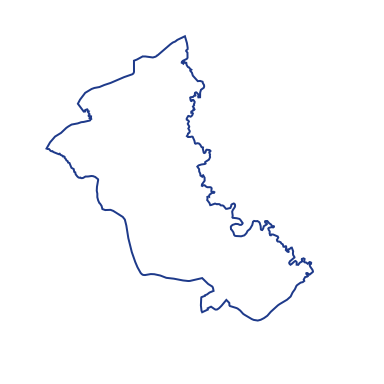 the district of Huai Thap Than, Si Sa Ket, Thailand, rotated 142°
{"feature_id": "78962969B1477833386417", "entity_name": "Huai Thap Than", "entity_type": "district", "adm_level": 2, "iso_a3": "THA", "parent_name": "Thailand", "parent_adm1": "Si Sa Ket", "projection": "mercator", "projection_center": [104.011, 15.032], "detail": "fine", "context": "isolated", "style": "outline", "palette": "blue", "viewbox_px": 384, "rotation_deg": 142, "n_neighbors": 0, "source": "geoboundaries", "source_scale": "gbopen_adm2", "svg_char_len": 6061}
<svg xmlns="http://www.w3.org/2000/svg" viewBox="0 0 384 384"><g transform="rotate(142 192 192)"><path d="M226.2,62.9L223.1,55.0L222.1,53.2L219.3,50.2L216.5,49.0L212.9,48.3L208.8,48.1L203.6,49.1L194.1,49.8L192.0,49.7L183.4,48.6L178.6,48.9L174.6,50.9L170.8,52.0L167.6,53.7L166.4,53.9L162.2,53.7L160.2,52.8L158.3,52.8L157.9,54.2L155.3,55.3L153.2,54.4L152.4,54.4L152.1,55.0L152.4,56.8L152.0,57.6L151.4,57.5L151.0,57.1L150.2,54.5L146.0,54.6L145.5,55.0L145.0,56.5L144.8,60.3L144.3,61.9L143.7,62.4L142.5,62.1L141.7,62.8L141.8,63.6L142.5,64.4L145.0,64.2L145.5,66.2L146.5,67.2L146.6,67.8L146.2,68.4L144.5,69.9L144.9,71.0L146.6,71.6L146.9,71.4L147.9,69.5L150.7,69.9L153.1,69.2L154.3,70.3L152.7,72.3L152.7,73.2L153.0,74.0L154.0,74.2L158.3,73.9L158.8,74.3L159.2,74.2L159.4,75.1L159.1,76.3L157.5,77.1L151.6,77.3L151.3,77.8L151.1,80.0L150.2,81.6L148.8,83.0L147.6,86.7L148.2,87.1L150.4,87.0L151.6,87.7L151.9,87.5L152.6,85.4L152.9,85.4L153.5,86.2L153.8,88.5L151.6,90.6L151.4,91.4L151.9,91.8L152.9,91.9L153.6,92.6L152.7,94.8L153.3,96.5L153.1,97.8L154.0,99.5L154.8,100.0L155.0,100.9L154.6,102.0L152.1,103.0L151.8,104.1L154.2,108.5L155.5,109.6L156.5,109.3L157.0,109.9L156.3,111.7L155.3,112.7L154.9,113.8L154.9,114.9L154.3,116.3L153.4,116.4L151.1,115.4L149.8,114.1L148.9,114.1L148.6,114.4L148.6,114.8L150.0,115.9L149.7,117.5L150.4,119.9L150.5,122.7L151.7,123.7L152.5,123.9L153.1,122.9L152.5,121.3L152.7,120.6L153.3,120.5L156.5,120.8L158.5,119.3L160.1,118.8L160.7,119.5L160.7,120.2L158.9,122.9L157.7,125.9L157.6,126.8L158.3,128.8L159.7,129.7L160.9,131.0L162.2,131.0L164.8,128.9L169.0,127.2L172.2,127.1L174.6,126.0L177.4,125.6L180.5,126.8L184.5,130.3L185.2,131.3L185.2,132.3L184.2,134.7L184.0,137.5L184.2,138.6L182.9,140.6L182.1,141.0L180.3,141.1L177.2,140.0L175.5,138.4L174.6,136.7L173.6,135.9L172.2,135.8L171.2,136.3L171.0,140.5L171.2,141.6L172.9,143.8L175.8,146.6L175.8,147.1L174.5,148.3L172.5,151.7L171.1,152.6L167.7,153.7L166.6,154.5L165.8,155.8L166.1,157.2L167.7,157.7L168.8,157.7L169.8,156.8L171.6,155.8L174.9,157.3L175.6,157.9L175.7,161.6L176.1,162.5L177.6,163.8L177.8,165.4L179.2,166.7L179.8,166.9L181.0,168.7L184.8,169.9L185.7,170.4L185.0,172.7L185.0,176.3L184.0,177.1L182.9,178.7L181.7,178.3L181.4,177.7L180.8,178.5L179.7,179.1L176.6,178.9L175.3,177.8L174.5,178.1L174.7,178.8L176.2,179.5L176.5,180.1L176.3,180.7L174.2,182.9L174.3,184.1L174.8,184.7L177.0,186.4L177.5,187.4L177.9,189.5L179.1,190.4L180.2,190.4L180.4,190.9L179.4,191.9L175.1,193.1L173.3,195.5L172.9,198.3L173.7,198.5L174.6,197.9L175.2,199.8L174.2,201.4L173.7,203.7L172.3,205.7L172.2,208.7L171.0,208.9L170.1,208.8L167.7,207.9L164.7,206.2L163.9,206.1L163.9,206.7L163.1,207.5L158.7,207.1L156.3,208.3L155.5,209.8L154.8,210.3L154.1,212.5L153.5,212.9L152.8,212.7L152.2,212.9L152.3,214.2L154.4,216.3L155.0,216.3L157.2,214.9L158.3,215.1L158.5,215.4L158.5,215.9L156.8,219.5L155.9,220.3L156.8,221.5L156.4,224.3L156.7,226.0L157.8,227.2L159.4,227.8L159.7,228.5L158.5,231.0L157.5,235.1L157.9,235.7L159.4,236.4L161.3,237.8L161.6,239.2L160.3,239.6L159.1,240.5L157.6,240.4L156.3,241.3L155.8,244.3L154.4,244.8L153.8,245.4L153.4,248.3L151.0,249.5L150.9,250.5L151.6,252.3L151.0,253.1L148.3,254.2L147.8,254.0L146.7,252.2L145.7,252.1L144.2,252.5L142.9,253.4L143.0,254.0L143.8,254.9L143.0,255.8L140.1,255.4L139.2,255.5L139.1,255.9L139.6,256.5L138.8,257.0L138.7,258.7L136.8,259.2L136.5,260.0L135.2,260.6L134.4,261.4L134.2,263.1L134.4,263.9L135.1,264.3L136.3,263.9L136.7,264.4L136.5,265.4L135.3,267.5L134.7,267.5L132.7,266.3L131.1,266.5L130.0,265.9L129.7,266.1L129.6,267.3L129.1,267.8L128.5,268.3L127.5,268.1L127.2,267.7L126.9,264.9L127.3,264.2L128.5,263.3L128.7,262.6L127.3,261.7L124.4,265.3L122.0,267.0L118.6,266.9L117.6,267.5L116.7,268.8L116.4,271.0L115.8,272.4L117.2,274.5L119.2,275.8L119.7,283.2L118.6,286.1L118.7,288.6L118.5,288.9L117.3,288.8L117.7,290.5L117.6,291.9L118.2,292.8L118.2,293.9L118.0,295.5L117.0,297.3L118.0,298.0L117.8,298.9L118.1,299.3L119.1,299.6L119.9,298.7L120.5,300.2L119.8,300.8L118.5,301.0L114.2,300.1L112.9,300.5L109.8,304.6L109.8,306.7L109.4,307.1L107.6,307.2L106.7,308.2L104.3,312.5L101.7,319.1L109.9,320.9L112.5,320.9L115.1,321.6L118.1,321.7L134.7,320.9L135.5,321.1L136.0,320.9L137.5,321.1L140.0,322.1L145.2,327.4L147.4,329.2L153.9,330.3L156.9,331.2L163.8,322.3L165.2,321.5L166.5,321.5L174.7,324.3L189.1,328.1L195.2,330.3L200.3,331.7L204.9,334.1L207.7,335.0L215.1,335.9L223.4,333.7L227.6,331.8L227.8,322.1L227.1,321.9L226.9,321.3L226.7,321.3L226.1,322.2L225.6,322.3L223.7,321.7L223.6,321.2L224.3,320.3L223.7,319.2L224.7,319.0L224.8,316.5L225.4,316.0L225.5,315.4L226.2,316.0L226.6,315.7L226.6,315.2L225.0,313.7L225.4,313.2L227.2,313.2L227.1,312.8L226.1,312.4L226.4,311.6L227.2,311.7L228.1,311.2L228.9,311.4L234.2,313.9L236.3,315.2L239.8,316.4L245.4,319.3L249.4,319.8L251.6,319.9L258.8,319.2L265.8,320.0L273.3,318.5L279.9,315.8L279.3,314.8L278.2,313.8L278.1,311.5L277.6,310.6L276.8,310.1L276.7,309.0L274.6,305.3L273.6,303.7L272.7,303.6L272.7,302.2L271.8,300.5L271.9,299.6L271.1,299.2L271.1,298.6L270.8,298.1L271.3,297.3L271.2,295.4L271.5,294.3L271.0,292.8L271.5,291.5L270.7,290.3L272.1,285.3L271.1,282.9L272.3,280.6L272.4,280.1L271.9,279.4L272.8,277.5L272.8,274.8L272.5,273.3L271.8,272.4L271.0,272.0L270.9,271.3L270.1,270.6L269.0,270.1L266.5,269.8L264.2,268.1L261.5,266.6L260.2,265.4L259.0,263.4L258.2,259.9L258.5,259.3L263.7,254.6L266.3,251.6L267.6,249.0L269.8,246.2L271.1,243.2L271.8,240.4L271.6,239.7L271.8,236.8L273.1,233.7L271.5,231.2L267.2,228.1L265.7,225.6L261.9,215.0L261.9,211.6L264.4,206.0L270.6,194.8L276.4,181.8L279.8,171.8L281.3,166.2L282.3,159.8L282.1,158.0L281.6,156.8L280.2,155.5L275.0,152.7L272.4,150.5L268.4,145.7L265.1,140.2L259.7,134.9L253.5,127.8L249.7,124.1L248.4,123.2L237.0,117.9L235.9,109.6L234.2,104.9L234.6,103.3L235.9,100.8L240.1,102.0L243.1,102.0L245.4,102.6L245.7,102.2L249.3,103.3L249.9,102.9L254.8,97.2L257.6,92.6L258.0,91.0L251.9,89.6L251.3,90.7L247.6,89.9L246.2,85.5L245.6,84.6L244.3,83.9L241.9,83.8L238.7,84.2L231.4,85.8L230.9,81.7L232.3,79.6L232.3,78.8L228.4,73.2L227.8,72.0L227.0,68.9L226.7,64.5L226.2,62.9Z" fill="none" stroke="#1e3a8a" stroke-width="2"/></g></svg>